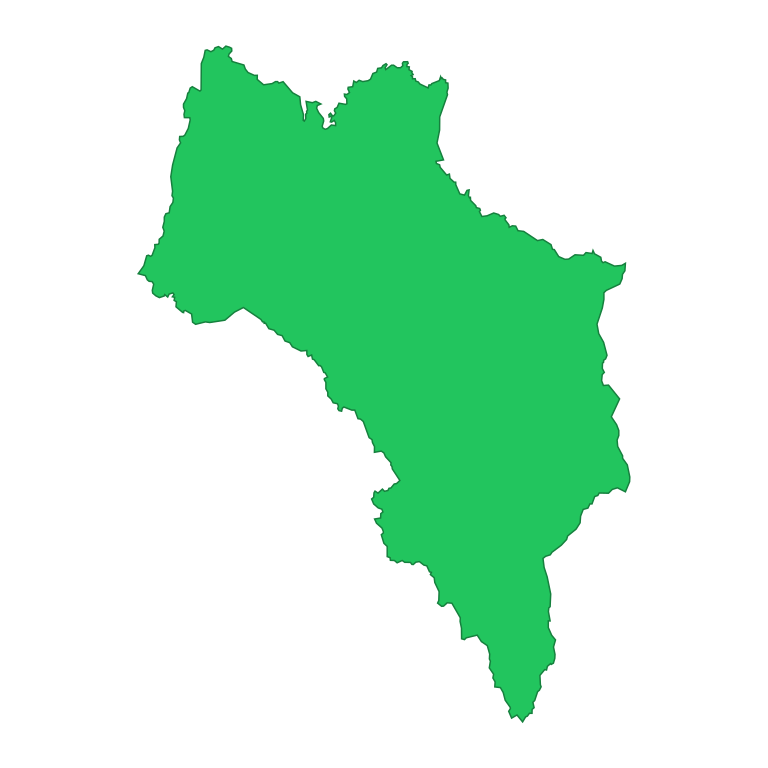 the district of Mueang Phrae, Phrae, Thailand
{"feature_id": "78962969B59947573587879", "entity_name": "Mueang Phrae", "entity_type": "district", "adm_level": 2, "iso_a3": "THA", "parent_name": "Thailand", "parent_adm1": "Phrae", "projection": "equal_earth", "projection_center": [100.232, 18.084], "detail": "fine", "context": "isolated", "style": "filled", "palette": "green", "viewbox_px": 768, "rotation_deg": 0, "n_neighbors": 0, "source": "geoboundaries", "source_scale": "gbopen_adm2", "svg_char_len": 6033}
<svg xmlns="http://www.w3.org/2000/svg" viewBox="0 0 768 768"><path d="M138.2,273.7L145.4,275.6L147.3,279.8L149.1,281.3L152.1,281.6L153.7,284.2L152.3,290.3L152.7,293.1L155.8,295.8L159.4,297.6L164.2,296.0L164.7,294.6L167.7,297.0L169.1,294.1L172.8,292.9L174.1,294.5L172.4,296.8L174.7,297.3L174.1,300.4L176.4,301.7L176.0,306.8L182.6,312.4L183.6,312.6L183.7,311.1L185.3,310.4L191.6,314.0L192.6,322.2L195.6,324.3L205.4,321.9L209.8,322.5L224.9,320.2L234.5,312.1L243.4,307.5L260.9,319.4L262.5,321.8L264.3,322.2L264.2,323.3L265.6,323.2L268.9,328.7L274.1,330.2L277.6,334.4L282.1,335.6L285.0,341.0L289.8,342.7L292.4,346.8L301.0,351.0L306.8,350.5L306.9,354.5L308.1,356.5L311.6,355.0L312.5,359.1L314.2,359.7L318.7,365.7L320.3,365.6L321.6,367.0L323.8,372.4L325.2,372.8L327.6,377.0L324.4,378.6L324.3,379.6L325.9,382.4L325.9,388.8L327.8,392.2L327.8,395.9L331.2,399.1L333.2,402.8L337.4,403.7L338.4,406.0L337.8,408.8L339.0,410.6L341.6,411.2L342.3,408.2L343.9,407.0L351.8,410.1L354.8,410.1L358.0,418.7L360.5,419.1L363.3,421.5L369.1,437.6L372.0,439.6L372.5,442.6L374.5,446.6L374.4,452.3L381.3,451.1L383.9,452.9L385.6,456.8L391.0,462.7L390.8,465.0L392.0,466.5L392.3,468.9L399.9,480.5L396.5,483.6L394.2,484.0L390.9,488.0L389.0,488.3L387.9,490.5L384.5,491.3L382.4,489.1L378.0,493.1L375.0,491.1L374.0,492.8L373.7,497.3L371.6,499.0L373.7,504.0L378.2,507.9L381.9,509.2L382.9,512.0L380.8,513.6L380.6,518.0L374.6,519.0L376.5,523.2L382.0,528.1L383.3,531.4L383.3,533.0L381.3,534.7L383.9,543.3L387.2,546.4L387.2,556.6L390.1,557.7L390.4,560.3L394.4,560.5L397.1,562.8L402.2,560.5L404.7,562.3L410.4,562.4L411.9,564.4L413.3,564.5L415.8,562.2L419.4,561.6L423.9,565.1L426.8,565.8L429.5,571.8L431.4,572.4L430.4,574.6L434.2,577.7L434.8,582.5L439.1,591.6L438.8,600.5L437.6,603.1L441.6,606.3L443.6,606.1L447.2,602.8L451.9,603.2L460.3,617.8L460.1,621.4L461.5,628.2L461.6,638.8L464.5,639.6L466.3,637.8L477.2,635.1L481.4,641.6L487.3,645.6L489.7,654.1L489.4,659.0L490.4,661.1L489.3,667.9L493.6,674.2L492.9,678.0L495.1,681.8L494.8,686.9L500.4,687.6L503.2,692.5L505.2,700.2L510.2,707.3L510.4,708.6L508.7,711.3L511.6,718.1L517.0,715.0L522.6,721.9L525.6,716.9L527.4,716.1L529.4,713.3L532.0,713.3L532.1,709.4L534.1,707.7L532.9,702.3L534.7,700.5L537.6,691.7L539.4,690.2L541.1,686.8L540.4,684.8L539.9,675.4L544.7,669.6L546.5,670.0L547.4,666.3L550.6,663.6L551.2,664.4L553.4,663.2L554.8,658.4L555.0,654.4L553.5,647.0L555.5,639.9L551.7,635.3L548.3,627.6L548.3,620.9L550.1,620.9L548.4,611.6L548.8,607.9L550.1,606.7L550.7,594.0L547.2,577.0L544.1,567.4L543.0,558.4L545.6,556.3L550.3,554.8L551.9,552.3L561.3,545.2L566.6,539.5L567.6,536.0L576.1,529.1L580.1,522.8L580.6,516.1L583.2,509.4L587.9,508.1L589.9,503.9L592.0,503.9L594.7,496.5L597.8,495.5L599.2,493.0L608.5,493.2L612.3,489.4L617.4,487.8L625.4,491.8L629.6,481.7L629.8,477.0L627.3,464.9L622.6,458.3L622.6,455.8L617.7,446.5L617.1,440.0L618.8,435.5L618.8,430.5L616.6,424.7L611.3,416.8L619.6,398.9L608.5,385.1L603.4,385.5L601.6,380.7L602.2,374.6L604.3,372.4L602.3,368.5L602.5,363.0L603.5,362.5L603.7,360.2L605.6,358.9L607.0,355.3L603.6,342.3L598.7,333.6L597.0,324.1L602.3,308.1L603.9,299.4L603.9,292.7L606.3,290.4L619.8,284.0L622.1,278.7L622.5,274.3L624.9,270.8L625.4,263.3L621.8,265.4L614.5,266.1L605.1,261.8L603.0,262.7L601.5,261.1L600.8,257.3L594.5,253.8L593.0,250.5L592.1,253.5L586.0,252.6L583.5,255.3L575.0,254.8L568.6,259.1L564.9,259.3L558.7,256.6L554.3,249.6L552.5,249.3L551.0,244.6L542.8,239.5L537.5,240.6L523.7,231.4L518.0,230.7L515.7,226.1L512.3,225.8L509.2,227.3L508.9,224.9L505.2,220.0L505.0,218.7L506.0,217.8L504.1,215.3L500.3,216.3L498.6,214.5L493.7,213.0L487.1,215.8L481.9,216.5L479.4,211.6L480.4,210.3L479.7,208.5L476.3,207.6L475.8,205.7L470.6,200.4L470.4,197.4L469.5,197.8L468.4,195.7L469.1,189.9L467.0,190.4L464.5,195.1L459.8,193.9L455.8,184.8L455.7,182.2L454.0,182.1L450.0,178.4L449.4,174.1L446.6,175.0L440.2,167.4L439.6,164.8L436.4,163.5L436.0,161.3L443.5,159.9L437.0,143.0L439.6,130.1L439.7,116.9L447.5,94.7L446.9,92.1L448.1,88.2L447.9,83.1L445.6,82.7L445.6,79.9L443.4,79.4L441.9,77.7L441.1,78.5L440.6,76.8L439.3,80.6L431.8,83.6L430.8,85.0L429.0,84.9L428.1,87.9L419.9,84.0L418.2,81.9L415.8,81.1L415.2,78.7L412.5,78.8L412.5,76.8L411.1,75.6L413.1,74.6L411.7,72.3L412.1,71.4L409.0,69.7L409.3,66.9L406.9,66.6L407.0,64.3L408.2,63.3L407.6,61.7L403.5,61.8L402.4,63.3L402.8,65.7L400.6,67.7L397.3,67.8L393.6,65.2L391.5,65.2L385.8,69.6L385.1,67.8L387.0,64.7L386.0,63.7L383.0,65.5L381.5,67.8L377.7,68.4L376.6,72.1L372.9,73.5L370.5,79.2L368.1,80.7L362.7,81.6L359.1,80.3L356.3,82.5L353.8,81.0L352.7,86.7L348.2,87.3L347.9,89.0L349.5,92.5L347.0,94.5L344.4,94.1L344.6,96.4L346.7,98.8L346.9,103.7L345.6,104.4L339.0,103.2L337.1,107.5L334.8,108.8L334.4,110.7L335.7,113.1L333.9,115.7L332.7,116.1L330.5,113.2L328.9,114.6L329.2,117.0L330.8,116.3L331.7,117.6L330.3,121.8L331.6,122.1L334.3,120.4L335.6,122.8L335.6,125.6L331.4,125.0L327.4,128.6L325.1,129.3L322.8,127.9L322.2,126.2L323.7,121.0L323.3,118.4L318.6,112.5L316.6,108.2L317.3,105.5L320.9,104.0L315.8,101.4L312.4,102.7L306.1,101.4L307.5,110.2L306.6,111.2L306.8,113.3L305.7,114.1L305.8,118.5L304.3,121.1L303.2,120.3L303.5,114.8L300.6,104.8L299.8,96.8L292.6,92.8L283.1,81.7L278.8,83.1L277.6,81.6L275.5,81.6L272.1,83.6L263.6,84.8L257.2,79.4L257.3,75.3L254.4,75.4L248.0,72.5L245.3,69.0L243.9,65.0L232.1,61.5L231.3,58.5L228.4,56.4L229.0,54.1L231.8,51.0L231.6,48.3L229.5,47.2L225.9,46.1L222.5,49.1L218.5,46.6L215.0,47.8L213.8,50.2L210.9,51.7L207.1,49.9L205.2,50.4L203.8,57.3L201.3,63.6L201.1,89.9L199.9,91.1L192.3,86.7L190.2,88.1L188.8,92.5L187.8,93.1L186.6,98.6L183.5,104.1L183.5,107.3L184.8,110.7L184.0,114.3L184.4,117.6L189.8,117.7L190.2,119.9L188.3,128.4L184.9,135.0L183.3,136.3L179.7,136.5L179.4,139.9L180.6,142.9L177.1,147.9L172.6,165.0L170.8,176.7L172.6,191.3L172.0,195.7L173.4,198.0L172.9,202.4L170.1,206.6L169.2,212.8L165.9,213.7L164.3,217.1L164.3,221.4L162.8,227.3L164.2,231.1L163.0,236.0L159.2,239.3L159.1,243.0L158.3,244.3L154.8,244.6L154.9,247.8L152.1,255.3L150.7,256.3L148.4,255.2L146.7,255.8L143.9,265.7L138.2,273.7Z" fill="#22c55e" stroke="#15803d" stroke-width="1.5"/></svg>